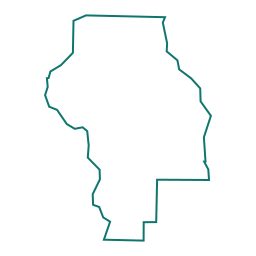 the district of Berrien, Georgia, United States of America
{"feature_id": "52423323B24042566063234", "entity_name": "Berrien", "entity_type": "district", "adm_level": 2, "iso_a3": "USA", "parent_name": "United States of America", "parent_adm1": "Georgia", "projection": "natural_earth1", "projection_center": [-83.246, 31.251], "detail": "fine", "context": "isolated", "style": "outline", "palette": "teal", "viewbox_px": 256, "rotation_deg": 0, "n_neighbors": 0, "source": "geoboundaries", "source_scale": "gbopen_adm2", "svg_char_len": 628}
<svg xmlns="http://www.w3.org/2000/svg" viewBox="0 0 256 256"><path d="M205.5,161.5L203.9,137.3L210.9,115.8L200.6,101.4L200.2,88.4L191.2,78.4L179.2,69.4L177.4,60.3L166.7,51.4L167.1,43.2L162.8,22.6L165.0,17.2L86.0,15.4L73.5,20.8L72.9,52.8L61.0,65.1L50.4,71.5L48.6,78.0L46.9,78.2L47.7,86.9L45.1,95.2L49.2,106.7L57.1,109.9L66.8,124.1L74.8,128.8L82.6,127.3L87.2,131.1L88.7,145.4L87.8,157.6L99.6,169.7L99.9,179.4L92.7,194.2L93.1,204.8L99.2,207.0L103.2,217.4L110.1,221.7L103.9,239.7L143.6,240.6L143.7,222.2L156.2,222.1L157.1,179.7L209.0,180.0L208.3,169.4L204.1,161.6L205.5,161.5Z" fill="none" stroke="#0f766e" stroke-width="2"/></svg>